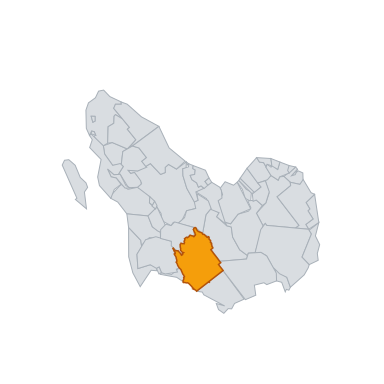 Africa, with Sudan highlighted, rotated 142°
{"feature_id": "SDN", "entity_name": "Sudan", "entity_type": "country or territory", "adm_level": 0, "iso_a3": "SDN", "parent_name": "Africa", "parent_adm1": "", "projection": "equal_earth", "projection_center": [30.131, 15.434], "detail": "fine", "context": "in_parent", "style": "filled", "palette": "amber", "viewbox_px": 384, "rotation_deg": 142, "n_neighbors": 49, "source": "natural_earth", "source_scale": "50m", "svg_char_len": 14414}
<svg xmlns="http://www.w3.org/2000/svg" viewBox="0 0 384 384"><g transform="rotate(142 192 192)"><path d="M241.4,200.2L256.8,214.9L256.7,229.8L259.9,237.0L257.6,239.3L243.2,241.7L240.8,233.5L232.1,229.3L228.9,222.1L228.1,214.2L232.2,209.7L231.2,201.0L241.4,200.2Z" fill="#d9dde1" stroke="#a8b0b8" stroke-width="1"/><path d="M123.0,90.8L122.3,96.4L113.2,96.2L112.2,105.8L109.6,106.1L108.6,113.5L96.8,114.7L110.9,89.8L123.0,90.8Z" fill="#d9dde1" stroke="#a8b0b8" stroke-width="1"/><path d="M228.1,214.2L232.1,229.3L226.3,230.0L225.3,242.8L228.9,244.3L229.1,248.5L221.8,242.0L207.3,240.0L205.9,225.2L201.1,223.8L198.0,227.9L193.5,228.2L190.1,219.6L178.0,219.3L182.1,214.2L185.0,216.0L189.1,210.4L193.8,198.2L196.5,179.9L199.2,176.7L207.8,180.6L217.3,175.8L222.3,175.9L225.4,179.6L229.2,178.4L233.4,187.8L229.6,194.1L228.1,214.2Z" fill="#d9dde1" stroke="#a8b0b8" stroke-width="1"/><path d="M263.8,203.1L262.1,185.5L265.4,179.8L273.7,176.8L281.8,165.0L269.7,160.4L266.4,155.0L268.1,151.5L272.4,155.5L291.1,149.3L288.4,164.7L281.8,179.9L263.8,203.1Z" fill="#d9dde1" stroke="#a8b0b8" stroke-width="1"/><path d="M256.8,214.9L241.4,200.2L244.7,189.0L241.7,179.8L245.4,174.8L253.7,182.3L264.6,181.1L262.1,185.5L263.8,203.1L256.8,214.9Z" fill="#d9dde1" stroke="#a8b0b8" stroke-width="1"/><path d="M212.5,120.1L212.4,135.4L210.0,135.1L206.7,147.1L209.3,152.7L195.0,165.5L187.1,167.3L183.4,159.0L187.8,157.3L185.5,144.2L182.6,140.2L187.7,131.5L190.0,117.1L187.4,107.7L190.3,105.6L212.5,120.1Z" fill="#d9dde1" stroke="#a8b0b8" stroke-width="1"/><path d="M192.4,306.6L193.7,304.7L198.3,308.3L202.2,306.1L201.8,292.4L204.7,300.1L206.7,299.7L211.3,294.3L217.9,295.1L228.4,282.4L233.4,283.0L235.4,290.9L235.1,296.4L232.9,296.0L231.9,299.8L233.6,301.8L237.9,299.8L236.1,307.2L225.2,321.8L218.7,326.0L210.1,325.7L203.5,329.0L198.9,326.7L198.0,317.8L192.4,306.6ZM227.2,308.0L224.7,307.6L221.8,311.3L224.8,313.8L227.2,308.0Z" fill="#d9dde1" stroke="#a8b0b8" stroke-width="1"/><path d="M227.2,308.0L224.8,313.8L221.8,311.3L224.7,307.6L227.2,308.0Z" fill="#d9dde1" stroke="#a8b0b8" stroke-width="1"/><path d="M233.4,283.0L224.4,280.1L216.5,265.8L221.6,266.5L230.8,257.2L238.1,261.8L237.5,275.6L233.4,283.0Z" fill="#d9dde1" stroke="#a8b0b8" stroke-width="1"/><path d="M228.4,282.4L217.9,295.1L211.3,294.3L206.7,299.7L204.7,300.1L201.8,292.4L201.5,281.4L204.3,281.3L204.1,267.7L216.5,265.8L224.4,280.1L228.4,282.4Z" fill="#d9dde1" stroke="#a8b0b8" stroke-width="1"/><path d="M201.5,281.4L202.2,306.1L198.3,308.3L193.7,304.7L192.4,306.6L189.0,301.1L185.6,282.4L177.7,264.1L215.9,265.2L204.1,267.7L204.3,281.3L201.5,281.4Z" fill="#d9dde1" stroke="#a8b0b8" stroke-width="1"/><path d="M95.2,143.2L92.9,138.8L97.8,132.1L102.3,131.6L108.6,139.2L110.0,147.7L95.0,147.9L94.8,144.9L103.5,143.5L95.2,143.2Z" fill="#d9dde1" stroke="#a8b0b8" stroke-width="1"/><path d="M110.0,147.7L108.6,139.2L110.3,136.3L127.9,135.8L128.2,99.8L132.5,99.8L153.7,119.7L153.6,122.1L156.8,121.8L154.3,135.6L140.6,137.9L131.9,143.7L127.3,155.7L119.6,156.4L116.8,148.2L113.7,150.0L110.0,147.7Z" fill="#d9dde1" stroke="#a8b0b8" stroke-width="1"/><path d="M96.8,114.7L108.6,113.5L109.6,106.1L112.2,105.8L113.2,96.2L122.3,96.4L123.0,90.8L132.5,99.8L128.2,99.8L127.9,135.8L110.3,136.3L108.6,139.2L102.3,131.6L96.7,133.4L98.6,118.2L96.8,114.7Z" fill="#d9dde1" stroke="#a8b0b8" stroke-width="1"/><path d="M150.4,171.9L148.0,172.3L147.6,160.6L145.2,155.4L151.5,148.5L154.0,154.3L150.7,163.0L150.4,171.9Z" fill="#d9dde1" stroke="#a8b0b8" stroke-width="1"/><path d="M187.4,107.7L190.0,117.1L187.7,131.5L182.6,140.2L185.5,144.2L184.3,147.5L181.2,143.2L169.4,146.2L159.2,142.1L155.3,143.4L153.6,150.7L146.3,146.1L144.8,138.0L154.3,135.6L156.8,121.8L179.5,105.4L185.3,109.1L187.4,107.7Z" fill="#d9dde1" stroke="#a8b0b8" stroke-width="1"/><path d="M150.4,171.9L156.1,142.6L169.4,146.2L181.2,143.2L185.4,149.1L176.8,169.0L169.5,171.1L167.2,177.7L159.6,179.7L155.1,171.8L150.4,171.9Z" fill="#d9dde1" stroke="#a8b0b8" stroke-width="1"/><path d="M185.2,146.1L187.8,157.3L183.4,159.0L187.6,166.2L184.7,177.9L188.9,189.7L170.5,187.5L167.2,178.8L168.0,174.9L172.1,168.8L176.8,169.0L185.2,146.1Z" fill="#d9dde1" stroke="#a8b0b8" stroke-width="1"/><path d="M145.7,153.3L148.0,172.3L145.6,173.2L142.9,154.4L145.7,153.3Z" fill="#d9dde1" stroke="#a8b0b8" stroke-width="1"/><path d="M143.1,153.2L145.6,173.2L134.1,176.8L134.5,153.4L143.1,153.2Z" fill="#d9dde1" stroke="#a8b0b8" stroke-width="1"/><path d="M119.6,156.4L125.0,155.2L134.7,158.6L134.1,176.8L119.9,179.3L120.4,174.0L117.5,171.0L119.6,156.4Z" fill="#d9dde1" stroke="#a8b0b8" stroke-width="1"/><path d="M103.7,147.1L113.7,150.0L116.8,148.2L119.6,156.4L118.5,166.3L115.8,167.7L114.4,162.9L112.2,163.7L110.6,157.0L104.3,161.5L99.2,153.1L103.7,147.1Z" fill="#d9dde1" stroke="#a8b0b8" stroke-width="1"/><path d="M95.0,147.9L103.7,147.1L103.4,150.1L99.2,153.1L95.0,147.9Z" fill="#d9dde1" stroke="#a8b0b8" stroke-width="1"/><path d="M118.1,166.3L117.5,171.0L120.4,174.0L119.9,179.3L109.2,169.8L113.0,163.4L115.8,167.7L118.1,166.3Z" fill="#d9dde1" stroke="#a8b0b8" stroke-width="1"/><path d="M104.3,161.5L110.6,157.0L113.0,163.4L109.2,169.8L104.3,161.5Z" fill="#d9dde1" stroke="#a8b0b8" stroke-width="1"/><path d="M127.3,155.7L131.0,144.6L140.6,137.9L144.8,138.0L146.3,146.1L149.6,147.0L145.7,153.3L134.5,153.4L134.7,158.6L127.3,155.7Z" fill="#d9dde1" stroke="#a8b0b8" stroke-width="1"/><path d="M222.3,175.9L213.7,176.4L207.8,180.6L199.2,176.7L196.3,182.7L192.4,181.8L189.1,187.6L184.6,175.0L187.1,167.3L195.0,165.5L209.3,152.7L211.0,161.3L222.3,175.9Z" fill="#d9dde1" stroke="#a8b0b8" stroke-width="1"/><path d="M196.3,182.7L193.8,198.2L189.1,210.4L185.0,216.0L179.2,214.0L177.2,216.3L174.8,212.1L177.0,210.0L175.9,207.4L179.1,204.2L183.2,206.2L184.5,201.7L182.7,196.3L184.0,191.8L181.1,191.3L180.5,187.6L188.9,189.7L192.4,181.8L196.3,182.7Z" fill="#d9dde1" stroke="#a8b0b8" stroke-width="1"/><path d="M175.3,187.6L180.2,187.3L181.1,191.3L184.0,191.8L182.7,196.3L184.5,201.7L183.2,206.2L179.1,204.2L175.9,207.4L177.0,210.0L174.8,212.1L168.0,200.9L170.0,192.5L175.3,192.3L175.3,187.6Z" fill="#d9dde1" stroke="#a8b0b8" stroke-width="1"/><path d="M170.5,187.5L175.3,187.6L175.3,192.3L170.0,192.5L170.5,187.5Z" fill="#d9dde1" stroke="#a8b0b8" stroke-width="1"/><path d="M232.1,229.3L239.4,234.5L237.7,250.2L239.3,251.2L230.5,254.4L230.8,257.2L221.6,266.5L210.6,264.9L206.7,259.4L206.7,247.1L212.7,247.1L212.3,239.4L221.8,242.0L229.1,248.5L228.9,244.3L225.3,242.8L225.5,232.5L227.1,229.5L232.1,229.3Z" fill="#d9dde1" stroke="#a8b0b8" stroke-width="1"/><path d="M238.0,232.8L242.4,236.4L243.1,249.7L246.4,253.7L244.4,262.2L242.8,253.7L237.7,250.2L240.1,237.8L238.0,232.8Z" fill="#d9dde1" stroke="#a8b0b8" stroke-width="1"/><path d="M243.2,241.7L251.6,241.9L259.9,237.0L261.0,254.0L257.1,261.9L243.6,273.6L245.3,290.0L238.4,294.6L237.9,299.8L235.7,299.8L233.4,283.0L237.5,275.6L238.1,261.8L231.0,258.6L230.5,254.4L239.3,251.2L242.8,253.7L244.4,262.2L246.4,253.7L243.1,249.7L243.2,241.7Z" fill="#d9dde1" stroke="#a8b0b8" stroke-width="1"/><path d="M235.7,299.8L233.6,301.8L231.9,299.8L232.9,296.0L235.7,299.8Z" fill="#d9dde1" stroke="#a8b0b8" stroke-width="1"/><path d="M177.2,216.3L179.3,216.1L178.0,219.3L177.2,216.3ZM178.4,220.5L190.1,219.6L193.5,228.2L198.0,227.9L201.1,223.8L205.9,225.2L207.3,240.0L212.7,240.6L212.7,247.1L206.7,247.1L206.7,259.4L210.6,264.9L177.7,264.1L182.9,240.8L178.4,220.5Z" fill="#d9dde1" stroke="#a8b0b8" stroke-width="1"/><path d="M231.4,206.0L232.2,209.7L228.1,214.2L227.1,207.7L231.4,206.0Z" fill="#d9dde1" stroke="#a8b0b8" stroke-width="1"/><path d="M285.5,243.7L288.5,257.9L286.5,258.0L277.7,293.1L272.9,295.5L269.2,293.3L267.6,285.0L271.1,272.3L269.9,264.5L271.4,259.9L276.8,258.2L285.5,243.7Z" fill="#d9dde1" stroke="#a8b0b8" stroke-width="1"/><path d="M94.8,144.9L100.0,142.1L103.5,143.5L94.8,144.9Z" fill="#d9dde1" stroke="#a8b0b8" stroke-width="1"/><path d="M174.0,80.1L169.8,66.4L173.1,56.4L176.1,55.0L177.6,57.2L180.0,55.9L176.9,65.6L180.1,69.9L174.0,80.1Z" fill="#d9dde1" stroke="#a8b0b8" stroke-width="1"/><path d="M123.0,90.8L123.7,85.4L145.3,73.0L144.3,62.6L147.1,60.7L154.6,57.6L173.1,56.4L169.8,66.4L173.3,73.6L174.6,83.3L172.5,95.6L174.9,102.0L179.5,105.4L160.9,120.1L153.6,122.1L153.7,119.7L123.0,90.8Z" fill="#d9dde1" stroke="#a8b0b8" stroke-width="1"/><path d="M248.5,140.0L249.6,130.2L254.0,126.2L256.6,134.2L267.8,146.7L265.7,147.3L258.9,139.6L248.5,140.0Z" fill="#d9dde1" stroke="#a8b0b8" stroke-width="1"/><path d="M110.9,89.8L121.8,81.4L123.8,71.9L131.1,66.4L134.6,60.5L144.3,62.6L145.3,73.0L123.7,85.4L123.2,89.8L110.9,89.8Z" fill="#d9dde1" stroke="#a8b0b8" stroke-width="1"/><path d="M249.4,110.9L215.9,110.9L216.9,75.5L227.1,78.0L232.7,75.5L235.3,77.8L241.6,76.8L243.5,83.0L241.5,89.2L236.4,82.1L246.0,103.7L245.5,106.8L249.4,110.9Z" fill="#d9dde1" stroke="#a8b0b8" stroke-width="1"/><path d="M216.2,74.3L215.8,118.5L212.5,120.1L190.3,105.6L185.3,109.1L174.9,102.0L172.5,95.6L175.5,76.2L180.1,69.9L190.1,73.0L191.2,76.2L200.2,80.2L205.3,71.4L216.2,74.3Z" fill="#d9dde1" stroke="#a8b0b8" stroke-width="1"/><path d="M281.8,165.0L273.7,176.8L257.9,183.0L248.0,179.0L238.6,165.9L248.5,140.0L251.9,140.8L252.7,137.9L263.5,143.8L265.7,147.3L264.1,153.1L267.0,153.6L269.7,160.4L281.8,165.0Z" fill="#d9dde1" stroke="#a8b0b8" stroke-width="1"/><path d="M265.7,147.3L268.5,147.9L267.0,153.6L264.1,153.1L265.7,147.3Z" fill="#d9dde1" stroke="#a8b0b8" stroke-width="1"/><path d="M241.4,200.2L228.8,201.8L233.6,181.6L241.7,179.8L243.1,182.5L244.7,189.0L241.4,200.2Z" fill="#d9dde1" stroke="#a8b0b8" stroke-width="1"/><path d="M231.2,201.0L232.2,205.5L227.1,207.7L227.9,202.9L231.2,201.0Z" fill="#d9dde1" stroke="#a8b0b8" stroke-width="1"/><path d="M232.4,182.7L229.2,178.4L224.1,179.1L212.2,162.6L217.8,155.6L220.6,159.3L227.0,159.6L230.0,156.1L233.9,157.9L236.9,153.0L236.0,149.5L239.3,148.7L241.5,162.3L238.6,165.9L245.4,174.8L239.9,181.6L232.4,182.7Z" fill="#d9dde1" stroke="#a8b0b8" stroke-width="1"/><path d="M241.8,159.3L241.3,159.3L241.3,159.2L241.2,159.1L241.2,158.7L241.3,158.3L241.5,157.8L241.5,157.7L241.4,157.4L241.5,157.2L241.5,156.9L241.3,156.5L241.3,156.4L240.0,155.0L239.8,154.7L239.7,154.6L239.1,154.3L239.1,154.2L239.2,153.9L238.9,151.0L238.9,150.9L239.0,150.7L239.1,150.1L239.1,149.6L239.2,148.9L239.2,148.6L237.9,148.5L237.8,148.8L237.9,149.0L237.9,149.3L236.0,149.4L236.7,150.5L236.8,150.5L236.8,151.0L236.8,151.7L236.8,152.1L236.8,152.3L237.0,152.8L237.0,153.1L235.6,154.6L235.4,155.3L235.2,155.7L235.1,155.8L234.8,156.3L233.5,158.0L233.3,158.1L232.7,158.1L232.4,158.2L232.2,158.3L232.2,158.2L231.4,157.3L230.0,156.1L229.9,156.2L229.1,156.7L228.9,156.9L228.8,157.5L228.7,157.8L228.5,158.1L227.8,158.3L227.4,158.5L227.1,158.7L227.0,158.8L226.9,159.0L226.6,159.3L226.6,159.6L226.6,159.8L224.3,159.8L224.2,159.6L223.8,158.8L223.6,158.8L221.5,158.7L221.2,158.8L220.6,159.2L220.3,159.2L220.0,159.1L218.9,157.3L218.6,157.1L218.4,156.7L218.1,156.5L218.1,156.4L218.0,156.2L218.0,155.8L218.0,155.6L217.8,155.6L216.3,156.0L216.1,155.9L215.8,156.0L215.7,156.1L215.5,156.3L215.5,156.5L215.5,157.0L215.4,157.2L214.9,157.8L214.8,158.1L214.9,158.7L214.8,159.0L214.6,159.4L214.5,159.6L214.5,159.8L214.5,160.2L214.4,160.4L214.2,160.9L214.1,161.1L214.1,161.4L214.1,161.6L213.4,161.8L213.2,162.0L213.0,162.3L212.7,162.3L212.3,162.2L211.6,162.2L211.3,162.0L211.2,161.8L211.2,161.3L211.2,161.2L211.0,160.9L211.0,160.7L211.4,160.1L211.5,159.8L211.5,158.7L211.6,158.3L211.5,157.9L211.3,157.1L211.0,156.5L210.6,155.7L210.4,155.4L209.6,154.3L209.5,154.1L209.3,153.6L209.4,153.2L209.5,152.5L209.5,152.3L209.5,151.9L209.3,151.7L209.1,151.7L208.8,151.4L208.7,151.3L208.5,151.0L208.4,150.7L208.5,149.4L208.3,149.2L208.2,149.1L208.2,148.9L208.1,148.2L208.0,147.6L208.1,147.3L207.9,146.8L207.5,146.6L207.2,146.7L206.9,146.8L206.7,146.8L206.5,146.7L206.4,146.5L206.4,146.3L206.4,146.0L206.6,145.5L206.9,145.1L207.4,144.7L207.5,144.5L207.6,144.2L207.5,143.7L207.5,143.4L207.4,143.1L207.2,142.7L207.2,142.4L207.3,142.2L207.7,141.7L207.9,141.5L208.1,141.4L208.4,141.1L208.5,141.0L208.5,140.8L208.4,140.7L208.2,140.5L208.2,140.3L208.2,139.9L208.1,139.7L208.2,139.4L208.3,139.2L208.5,139.1L208.8,139.0L208.9,138.8L208.9,138.6L208.9,138.3L209.0,138.1L209.2,137.8L209.3,137.6L209.5,137.4L209.7,137.1L209.8,136.8L209.8,136.5L209.7,135.7L209.9,135.3L210.2,135.0L210.6,135.1L211.2,135.0L211.6,134.9L211.9,134.9L212.6,135.0L212.7,134.7L212.7,134.2L212.7,132.4L212.8,130.7L212.8,129.0L212.8,127.3L212.8,125.6L212.8,123.9L212.9,122.2L212.9,120.5L212.9,120.0L212.9,119.5L212.9,119.0L212.9,118.6L213.6,118.6L214.3,118.6L215.0,118.6L215.7,118.6L215.8,116.6L215.8,114.7L215.8,112.9L215.8,111.0L216.9,111.0L218.0,111.0L219.1,111.0L220.1,111.0L221.2,111.0L222.3,111.0L223.4,111.0L224.5,111.0L225.5,111.0L226.6,111.0L227.7,111.0L228.8,111.0L229.8,111.0L230.9,111.0L232.0,111.0L233.1,111.0L233.4,111.0L233.6,110.9L233.8,110.2L234.1,110.2L234.2,110.4L234.1,110.6L234.0,111.0L234.6,111.0L235.5,111.0L236.4,111.0L237.4,111.0L238.3,111.0L239.2,111.0L240.1,111.0L241.1,111.0L242.0,111.0L242.9,111.0L243.8,111.0L244.8,111.0L245.7,111.0L246.6,111.0L247.5,111.0L248.5,111.0L249.4,111.0L249.4,111.8L249.6,112.5L250.0,113.5L250.4,114.0L250.5,114.3L250.6,114.5L250.4,114.4L250.2,114.3L250.2,114.8L250.3,115.1L250.3,115.8L250.5,116.4L250.4,117.0L250.4,118.1L250.6,119.3L250.6,120.1L250.9,122.0L251.3,123.1L251.5,123.3L252.0,123.5L252.6,124.1L253.0,124.6L253.2,124.9L253.4,125.2L253.5,125.2L253.8,125.4L254.5,125.9L254.6,126.2L254.3,126.4L254.1,126.9L254.0,127.0L253.9,127.3L253.7,127.6L253.6,127.8L253.4,127.9L253.1,128.0L252.9,128.0L252.7,128.0L252.3,128.2L252.2,128.3L251.9,128.6L251.7,128.7L251.6,128.8L251.3,129.6L251.2,129.8L250.7,129.8L250.2,129.8L250.0,130.0L250.0,130.6L250.0,130.8L249.9,131.1L249.7,131.5L249.8,132.1L249.8,132.7L249.6,133.7L249.5,133.9L249.3,134.7L249.2,134.9L248.9,136.4L248.7,136.8L248.5,137.2L248.5,138.0L248.6,138.8L248.7,139.5L248.8,140.6L248.6,141.7L248.6,142.2L248.4,143.1L248.3,143.5L248.2,143.7L248.1,143.9L247.9,144.5L247.8,145.1L247.7,145.9L247.7,146.3L247.7,146.5L247.3,146.6L246.8,146.7L246.5,146.8L246.4,147.0L246.2,147.3L245.7,148.2L245.5,148.8L245.2,149.6L244.8,150.1L244.7,150.4L244.6,150.9L244.5,151.7L244.4,152.2L244.4,152.7L244.3,153.4L244.3,153.8L244.1,154.0L243.8,154.3L243.5,154.1L243.3,153.8L243.2,153.8L242.8,154.1L242.6,154.6L242.4,155.1L242.5,156.2L242.5,156.5L242.4,156.7L242.1,157.5L242.1,157.8L242.0,158.3L241.8,159.1L241.8,159.3Z" fill="#f59e0b" stroke="#b45309" stroke-width="1.5"/></g></svg>